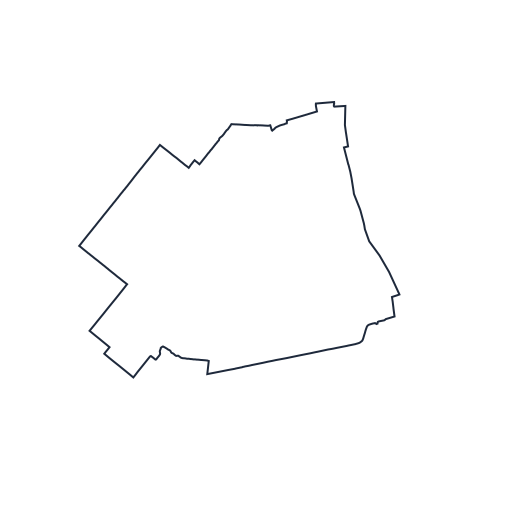 Slobozia, Giurgiu, Romania (Equal Earth projection), rotated 310°
{"feature_id": "2599482B23076284199588", "entity_name": "Slobozia", "entity_type": "district", "adm_level": 2, "iso_a3": "ROU", "parent_name": "Romania", "parent_adm1": "Giurgiu", "projection": "equal_earth", "projection_center": [25.878, 43.851], "detail": "fine", "context": "isolated", "style": "outline", "palette": "slate", "viewbox_px": 512, "rotation_deg": 310, "n_neighbors": 0, "source": "geoboundaries", "source_scale": "gbopen_adm2", "svg_char_len": 6004}
<svg xmlns="http://www.w3.org/2000/svg" viewBox="0 0 512 512"><g transform="rotate(310 256 256)"><path d="M298.7,401.0L304.1,395.1L304.7,394.5L309.1,389.8L309.7,389.1L312.0,386.5L316.0,389.0L316.8,389.5L318.7,390.6L319.1,389.9L319.4,389.3L319.8,388.3L320.2,387.5L329.3,368.2L335.8,350.3L340.0,333.3L346.5,322.2L349.1,319.2L349.7,318.4L350.3,317.7L357.8,307.0L359.0,305.0L365.9,292.2L366.6,291.0L368.0,289.5L376.9,279.3L381.2,274.0L385.3,268.3L385.5,267.8L395.7,253.6L399.1,256.1L407.9,246.1L408.4,245.5L413.5,239.9L428.4,228.0L420.8,220.0L420.9,219.8L420.9,219.7L420.9,219.3L421.3,218.9L421.8,218.5L422.5,218.2L422.9,218.0L423.0,217.8L423.1,217.6L423.6,217.4L423.7,217.2L423.8,216.8L424.0,216.7L423.1,215.8L411.3,203.9L410.7,204.3L409.3,205.6L405.9,209.8L384.5,195.7L379.7,192.4L379.0,193.2L377.4,194.3L376.2,193.4L375.3,193.1L372.6,191.2L371.3,190.4L368.1,188.9L367.3,188.6L366.5,188.4L365.2,188.4L363.7,188.1L363.0,187.9L362.5,187.9L362.4,187.4L365.3,182.9L365.0,182.6L364.6,182.4L364.0,182.0L363.2,181.1L361.7,179.1L360.4,177.3L359.1,175.6L358.2,174.5L357.4,173.4L357.1,173.1L356.8,173.0L356.8,172.8L356.7,172.6L356.1,171.8L355.3,170.8L354.4,170.0L353.9,169.3L352.9,168.1L352.3,167.3L351.5,166.2L351.2,165.8L350.8,165.3L350.3,164.6L350.0,164.2L348.9,162.8L346.7,159.7L345.9,158.6L345.2,157.7L344.3,156.5L343.5,155.5L342.5,154.2L341.2,152.4L339.5,152.6L339.3,152.7L338.7,152.7L337.4,152.8L335.1,153.0L334.6,153.0L334.4,152.9L334.1,152.8L333.6,152.7L332.7,152.7L331.8,152.7L331.1,152.8L330.4,152.8L329.7,152.9L328.9,153.0L328.1,153.0L326.9,153.0L326.4,153.0L325.8,152.9L324.9,152.7L323.9,152.5L323.3,152.4L322.6,152.4L322.2,152.5L321.9,152.6L321.3,153.0L321.1,153.1L320.7,153.2L319.7,153.1L318.0,153.1L316.7,153.2L315.8,153.1L315.3,153.1L314.8,153.2L314.3,153.2L313.6,153.2L311.8,153.3L310.6,153.3L309.5,153.4L308.3,153.3L307.1,153.3L305.9,153.4L305.0,153.4L304.3,153.4L303.8,153.3L303.6,153.3L303.0,153.4L302.3,153.4L300.7,153.5L295.0,153.6L292.6,153.7L291.0,153.7L289.9,153.7L289.9,152.3L290.0,151.3L289.9,149.2L289.9,147.4L287.5,147.4L284.8,147.5L283.5,147.5L282.1,147.7L280.3,147.8L280.3,145.5L280.1,143.1L280.1,141.1L280.1,139.4L280.0,138.0L280.0,134.9L280.0,132.1L279.8,129.4L279.7,126.6L279.7,123.6L279.6,120.3L279.5,117.9L279.4,115.0L279.3,111.0L277.2,111.1L274.8,111.2L273.3,111.2L269.3,111.3L259.9,111.5L257.2,111.5L253.4,111.6L251.0,111.7L248.7,111.7L246.9,111.7L245.2,111.8L244.2,111.8L242.6,111.8L240.7,111.9L239.3,111.9L237.0,112.0L235.0,112.1L232.6,112.2L228.8,112.3L227.1,112.4L224.5,112.4L222.3,112.5L221.4,112.4L219.4,112.5L216.1,112.5L214.5,112.6L212.9,112.6L212.4,112.7L210.9,112.7L209.7,112.7L207.9,112.8L206.5,112.8L204.6,112.8L202.6,112.9L199.4,112.9L196.8,113.0L192.3,113.1L190.0,113.1L184.0,113.3L182.0,113.3L178.2,113.4L175.7,113.5L173.5,113.5L170.6,113.6L164.2,113.7L160.8,113.8L156.6,113.9L153.9,114.0L150.1,114.1L150.2,116.1L150.2,117.6L150.2,119.6L150.3,124.0L150.3,126.0L150.4,126.4L150.4,128.6L150.5,131.3L150.5,133.7L150.6,135.8L150.7,138.3L150.7,140.2L150.8,142.6L150.8,144.3L150.9,146.2L150.9,147.6L150.9,149.6L151.0,150.8L150.9,151.2L151.0,156.2L151.1,159.7L151.1,163.2L151.2,164.9L151.3,170.4L151.4,172.0L151.5,175.4L150.5,175.4L148.3,175.5L142.1,175.7L141.0,175.7L138.1,175.8L133.6,175.9L126.0,176.0L120.1,176.1L116.3,176.2L112.1,176.3L111.8,176.3L111.5,176.3L104.1,176.4L100.3,176.5L91.7,176.6L91.8,185.2L91.9,188.9L91.9,191.8L92.0,198.8L92.0,202.4L88.7,202.5L85.7,202.5L83.6,202.6L83.6,208.5L83.7,215.0L83.9,222.2L84.0,228.8L84.1,235.5L84.1,240.1L87.7,240.0L91.4,239.8L97.3,239.7L101.8,239.6L110.0,239.4L110.7,239.4L111.3,239.5L111.6,239.7L111.8,239.8L112.0,243.0L112.0,245.2L112.0,245.5L112.2,245.8L112.4,245.9L112.6,246.0L112.9,246.0L114.8,245.9L116.4,245.9L117.2,245.9L118.2,245.8L118.8,245.7L119.1,245.6L119.6,245.3L120.1,244.7L120.7,244.1L120.9,243.8L121.1,243.6L121.4,243.4L121.7,243.3L121.9,243.2L122.8,242.9L123.7,242.6L124.1,242.3L124.3,242.3L124.4,242.2L124.7,242.2L125.4,242.3L126.0,242.5L126.5,242.7L126.8,242.8L127.0,243.1L127.0,243.3L127.1,243.8L127.2,244.2L127.3,244.4L127.4,245.1L127.7,247.0L127.8,247.8L127.8,248.5L127.9,248.9L128.1,249.7L128.2,250.1L128.3,250.4L128.3,250.8L128.3,251.2L128.2,251.5L128.1,251.9L127.9,252.4L127.7,252.8L127.6,253.1L127.6,253.3L127.6,253.7L127.7,254.1L127.9,254.8L128.1,255.5L128.1,255.8L128.1,256.2L128.0,256.8L128.0,257.1L128.0,257.8L128.1,258.5L128.1,258.8L128.2,259.1L128.5,259.4L129.1,260.0L129.5,260.3L129.6,260.5L129.7,261.0L129.7,261.9L129.8,262.5L129.8,263.4L130.0,264.2L130.2,264.7L130.4,265.2L130.8,265.8L131.2,266.4L131.6,266.9L132.1,267.6L132.3,268.0L132.7,268.7L132.9,269.1L133.5,269.9L133.8,270.2L134.0,270.4L135.0,272.1L135.8,273.2L136.7,274.7L137.7,275.9L138.0,276.4L138.4,277.0L138.7,277.5L139.2,278.0L139.5,278.4L139.9,279.1L140.3,279.6L140.9,280.6L141.6,281.5L143.3,283.9L144.6,285.8L145.2,287.3L134.2,294.6L150.7,307.9L156.0,312.3L156.5,312.6L157.8,313.6L159.4,314.9L160.7,315.9L161.5,316.6L161.9,316.9L162.3,317.1L162.7,317.3L163.1,317.7L164.5,318.7L167.1,320.9L169.2,322.5L169.4,322.6L174.4,326.6L178.8,330.1L182.6,333.0L186.3,336.0L188.9,338.0L191.2,339.9L193.0,341.4L197.5,345.1L200.8,347.7L208.9,354.1L213.0,357.4L216.2,360.0L219.7,362.7L221.6,364.2L221.8,364.4L230.7,371.3L233.0,373.3L234.8,374.8L237.5,376.9L239.6,378.6L242.7,381.1L245.4,383.3L246.9,384.4L249.0,386.1L251.3,387.9L252.4,388.8L253.1,389.2L254.1,389.9L254.9,390.4L255.4,390.7L255.7,390.9L256.2,391.1L256.7,391.3L257.6,391.5L258.5,391.7L259.1,391.8L259.6,391.8L260.3,391.6L261.0,391.4L261.6,391.2L264.8,389.8L267.0,388.9L268.7,388.1L270.6,387.3L272.0,386.8L273.1,386.4L273.9,386.3L274.4,386.3L275.0,386.4L275.4,386.5L275.9,386.7L276.6,387.1L278.2,388.1L279.5,389.0L280.0,389.4L280.5,389.9L280.9,390.3L281.1,390.3L281.2,390.5L281.2,390.8L281.4,391.3L281.3,391.6L281.3,391.9L281.4,392.1L281.5,392.1L281.8,392.2L282.0,392.3L282.3,392.5L282.4,392.4L282.8,392.2L283.4,391.9L283.9,391.7L284.8,392.1L289.2,395.6L289.5,395.7L289.9,395.8L290.5,395.9L291.1,396.0L298.7,401.0Z" fill="none" stroke="#1e293b" stroke-width="2"/></g></svg>